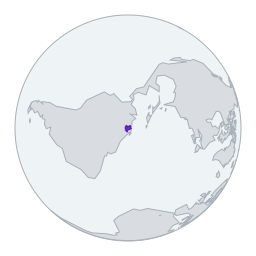 Anzoátegui highlighted on a globe, orthographic projection, rotated 98°
{"feature_id": "VEN-40", "entity_name": "Anzoátegui", "entity_type": "State", "adm_level": 1, "iso_a3": "VEN", "parent_name": "Venezuela", "parent_adm1": "", "projection": "orthographic", "projection_center": [-64.438, 8.961], "detail": "fine", "context": "on_globe", "style": "filled", "palette": "violet", "viewbox_px": 256, "rotation_deg": 98, "n_neighbors": 0, "source": "natural_earth", "source_scale": "10m", "svg_char_len": 9250}
<svg xmlns="http://www.w3.org/2000/svg" viewBox="0 0 256 256"><g transform="rotate(98 128 128)"><circle cx="128" cy="128" r="113" fill="#eef3f6" stroke="#a8b0b8"/><path d="M101.5,128.8L99.0,127.5L96.4,130.7L87.8,124.9L85.1,118.1L60.6,106.0L58.5,102.5L59.1,97.0L54.3,78.9L54.8,95.6L52.3,92.2L50.9,86.1L52.5,84.8L52.7,76.2L51.0,72.8L53.6,62.7L62.8,50.9L62.9,52.8L65.1,50.1L65.1,47.6L64.6,46.8L72.2,36.7L73.6,31.9L70.3,32.9L74.0,31.0L65.2,35.1L63.5,35.7L67.7,33.5L69.9,32.3L69.9,31.8L72.2,30.4L73.5,29.5L76.3,28.1L78.5,27.3L80.3,26.5L80.2,26.2L82.9,24.9L82.8,25.4L87.4,23.2L92.0,22.4L89.4,26.1L94.3,25.7L97.7,30.1L99.7,29.0L102.2,30.4L105.5,29.8L105.2,31.1L108.0,29.5L107.7,28.5L108.8,27.5L110.7,27.1L110.6,28.6L109.7,29.0L110.6,29.3L109.8,30.3L111.3,29.6L111.0,31.7L114.1,29.2L116.2,30.5L115.2,32.0L111.7,32.4L100.8,38.2L98.7,40.5L99.4,43.0L108.3,46.2L107.5,48.8L109.2,51.9L111.2,50.0L110.7,47.0L115.0,44.6L113.8,41.6L115.4,40.4L115.6,37.4L119.5,37.4L123.1,39.1L123.1,41.7L124.7,42.7L127.9,40.0L130.9,45.1L138.2,49.2L138.5,50.8L133.5,53.7L125.5,53.7L119.1,58.8L127.2,55.2L128.0,59.8L129.7,60.6L132.0,60.3L133.3,58.6L134.3,60.2L126.7,64.1L125.6,62.6L128.0,61.3L124.3,61.5L119.1,64.7L119.9,67.1L111.3,70.5L111.7,72.4L110.1,74.4L110.0,71.1L110.1,77.3L100.1,84.3L100.0,95.9L95.8,86.8L91.7,85.7L86.6,85.8L86.5,87.7L80.0,86.1L73.6,89.9L70.6,99.1L72.4,106.3L79.7,106.8L82.2,102.9L87.7,102.2L83.1,112.9L92.7,114.7L91.3,122.8L94.0,127.1L99.0,126.1L104.1,128.2L107.9,123.5L114.0,121.0L113.9,127.6L117.4,121.6L120.7,124.8L132.9,124.5L132.0,126.0L142.2,133.7L153.5,136.9L156.1,141.6L154.8,144.6L158.7,145.3L158.8,147.3L174.6,149.5L182.7,153.8L182.5,160.5L175.7,168.5L169.7,184.5L157.5,190.1L154.5,196.2L145.1,205.1L137.8,204.6L140.0,208.7L136.0,211.2L131.2,211.4L130.5,214.3L127.0,214.3L129.4,216.2L124.1,219.7L126.0,222.6L122.2,225.2L123.5,226.8L122.0,226.7L120.4,227.3L120.4,228.1L115.4,226.5L113.6,222.9L115.1,221.1L113.0,220.7L116.0,215.8L113.9,216.8L113.7,209.0L116.4,202.3L117.4,182.0L114.9,177.8L106.1,172.8L95.6,156.6L98.2,150.1L96.0,146.9L103.3,137.6L101.5,128.8ZM21.5,91.6L22.4,89.0L21.8,90.7L21.5,91.6ZM22.9,87.5L22.6,88.3L22.9,87.6L22.9,87.5ZM23.1,86.9L23.0,87.3L23.0,87.1L23.1,86.9ZM23.3,86.5L23.2,86.6L23.3,86.5ZM99.1,99.8L110.1,105.6L103.6,106.3L104.9,105.2L102.2,102.9L97.0,100.6L91.3,101.8L99.1,99.8ZM104.7,93.5L102.8,93.0L104.7,93.0L104.7,93.5ZM64.0,46.7L64.9,47.8L64.0,50.6L63.0,49.8L64.0,46.7ZM66.1,41.9L67.1,41.8L64.5,44.4L64.7,43.6L66.1,41.9ZM67.4,34.2L67.7,34.4L66.6,34.7L67.4,34.2ZM73.3,29.7L72.5,30.1L73.5,29.5L73.3,29.7ZM113.5,37.7L114.5,37.5L114.0,38.1L113.5,37.7ZM112.6,36.6L111.2,37.4L110.6,37.0L111.5,36.5L112.6,36.6ZM78.6,26.8L80.5,25.9L78.9,26.7L78.6,26.8ZM114.5,35.7L109.6,36.2L108.6,35.6L111.1,33.3L114.5,35.7ZM88.5,22.5L85.5,23.7L83.8,24.5L83.5,24.5L81.8,25.3L83.1,24.7L88.5,22.5ZM106.7,28.3L107.2,29.4L105.1,28.9L106.7,28.3ZM105.1,28.2L97.0,28.7L97.2,27.1L99.9,27.1L98.8,25.6L103.0,24.6L104.5,25.2L103.5,26.4L105.8,25.2L105.1,28.2ZM94.4,20.5L95.8,20.1L94.7,20.4L94.4,20.5ZM109.1,27.1L107.4,27.2L107.5,25.8L110.9,25.3L109.8,25.9L109.1,27.1ZM96.5,25.8L97.2,24.9L100.7,23.7L101.5,23.2L103.1,24.5L96.5,25.8ZM110.7,26.0L112.6,25.1L114.2,25.5L110.7,26.9L110.7,26.0ZM106.1,25.7L106.3,25.0L107.3,25.2L106.1,25.7ZM121.2,26.8L119.2,26.7L119.1,25.9L121.2,26.8ZM113.2,24.8L112.6,24.7L112.3,24.4L113.9,24.0L113.2,24.8ZM105.5,23.7L106.8,23.5L105.0,23.1L107.5,22.4L108.2,23.4L109.0,22.7L109.8,22.5L109.4,23.6L105.5,23.7ZM114.6,22.8L116.3,24.2L120.0,24.3L120.2,25.0L114.2,24.7L114.6,22.8ZM111.6,23.1L113.5,23.0L112.8,23.8L111.0,24.3L111.6,23.1ZM109.1,21.6L105.0,22.4L105.0,22.2L109.1,21.6ZM115.9,22.7L115.4,22.4L116.2,22.6L115.9,22.7ZM111.3,21.7L109.9,22.0L109.9,21.7L111.3,21.7ZM115.8,21.6L116.3,22.0L115.1,22.3L115.8,21.6ZM113.9,21.5L114.3,21.1L114.4,22.2L113.2,21.7L113.9,21.5ZM111.6,21.4L111.2,21.4L112.2,21.4L111.6,21.4ZM120.0,20.4L120.4,21.7L117.8,22.3L117.7,20.9L120.0,20.4ZM123.9,229.7L115.9,227.1L120.3,228.3L123.0,227.1L127.3,228.9L123.9,229.7ZM131.9,226.3L135.3,225.6L136.2,226.0L134.1,226.6L131.9,226.3ZM217.7,59.8L218.3,61.1L215.0,57.1L210.9,51.7L217.7,59.8ZM204.8,45.6L207.3,48.0L207.7,48.4L206.6,47.4L205.4,46.2L205.1,46.1L210.9,52.2L212.8,54.2L213.8,56.8L217.1,60.4L218.5,62.7L213.5,57.5L211.6,55.3L204.8,51.0L206.8,53.4L213.4,57.9L212.7,57.8L215.6,61.8L212.9,58.8L205.1,53.8L204.0,56.9L208.0,68.1L206.2,70.0L202.3,69.2L195.5,59.4L200.2,56.4L197.8,53.4L192.3,50.2L194.2,49.8L192.5,48.3L193.9,47.2L191.2,42.8L191.9,41.7L186.5,37.4L186.1,36.3L189.4,39.1L192.1,40.6L193.2,38.6L192.1,37.4L188.5,34.9L189.3,34.9L185.7,32.8L184.2,31.1L182.9,31.6L178.7,29.3L175.4,27.1L173.8,26.6L179.1,30.2L181.4,31.6L183.8,32.6L189.9,37.3L190.5,38.6L183.2,34.5L183.2,36.2L177.6,32.7L166.6,24.2L164.3,22.4L169.6,23.4L172.7,24.8L172.3,24.9L176.7,26.6L174.4,25.6L175.0,25.7L171.1,24.0L171.4,24.1L167.2,22.5L167.0,22.4L169.7,23.4L168.8,23.0L176.6,26.4L184.2,30.4L191.4,34.9L198.3,40.0L204.8,45.6ZM220.7,192.0L220.5,192.3L223.1,188.3L226.6,181.5L232.7,164.0L235.8,154.8L236.8,148.3L235.8,135.2L236.2,126.8L235.3,123.9L233.8,125.6L232.4,122.2L231.2,122.6L221.6,129.2L217.0,125.3L207.4,111.3L207.9,104.5L205.0,97.5L205.9,70.4L209.5,70.6L214.1,64.4L215.2,64.7L218.3,70.0L224.7,73.6L222.4,68.7L224.5,70.0L224.2,69.4L228.2,76.5L231.6,83.8L234.5,91.3L236.9,99.1L238.7,107.0L239.9,115.0L240.5,123.1L240.6,131.2L240.1,139.3L239.0,147.3L237.3,155.3L235.1,163.0L232.3,170.6L228.9,178.0L225.1,185.2L220.7,192.0ZM209.6,83.0L210.5,85.1L209.6,83.0ZM133.3,124.4L134.8,125.7L132.8,125.8L133.3,124.4ZM102.5,108.9L104.9,109.1L106.1,110.2L104.3,110.5L102.5,108.9ZM123.0,109.3L125.8,109.9L122.9,110.4L123.0,109.3ZM111.9,106.4L120.8,109.1L115.0,111.0L109.4,109.4L113.3,108.8L111.9,106.4ZM103.3,97.2L104.7,97.7L104.2,98.9L103.3,97.2ZM106.1,93.5L105.5,93.6L104.8,92.6L106.1,93.5ZM128.4,59.5L129.0,59.3L131.3,59.4L130.1,60.2L128.4,59.5ZM141.8,56.1L143.2,58.9L141.4,57.2L140.1,58.6L134.6,57.2L138.4,51.5L137.7,54.2L141.8,56.1ZM128.3,54.1L131.4,55.4L127.9,54.2L128.3,54.1ZM181.9,42.2L183.9,42.6L185.5,44.5L184.7,46.8L182.2,44.1L181.9,42.2ZM186.2,42.9L179.2,38.7L179.5,37.4L180.5,38.8L181.4,38.3L183.3,40.5L190.4,43.7L192.3,45.7L189.6,48.4L189.4,46.3L187.6,45.9L186.2,42.9ZM161.0,33.2L158.0,32.2L162.4,30.5L164.7,31.7L164.0,33.9L160.9,33.8L161.0,33.2ZM119.9,31.9L118.5,32.2L118.5,31.7L119.7,31.0L119.9,31.9ZM120.3,26.8L126.2,30.2L124.9,30.7L130.0,32.6L128.4,34.6L125.2,33.2L127.8,36.4L124.2,36.0L126.4,38.1L119.3,34.8L116.2,34.8L120.3,34.0L121.8,32.1L121.5,31.3L118.4,29.1L112.5,28.5L113.1,26.9L115.0,25.8L116.5,25.7L115.7,26.8L118.3,25.9L118.3,27.3L120.3,26.8ZM137.8,19.2L136.2,19.8L141.5,19.6L141.4,20.5L142.1,20.4L143.5,21.3L146.2,22.3L145.7,22.7L147.0,23.0L148.0,23.7L149.6,24.2L149.2,25.2L151.1,26.1L149.8,26.1L153.3,27.3L150.5,26.9L151.5,28.0L153.7,27.8L147.5,33.4L147.0,36.6L148.2,39.7L143.3,39.0L139.1,35.9L135.9,32.1L137.1,29.3L134.6,29.7L134.5,28.6L136.5,28.8L133.3,27.8L133.7,27.0L130.9,24.6L126.1,24.2L124.9,23.5L127.0,23.3L124.4,22.7L127.5,21.9L126.8,21.4L129.1,20.2L133.6,20.3L132.4,19.8L134.1,19.1L137.8,19.2ZM120.8,20.0L126.1,19.6L128.7,19.9L123.5,21.8L123.7,22.4L120.5,24.0L116.8,23.5L118.1,23.1L118.5,22.6L119.5,22.9L118.9,22.3L120.7,21.7L120.7,21.1L122.4,21.0L120.8,20.0ZM214.3,62.4L214.8,62.3L215.1,61.5L216.9,64.2L214.3,62.4ZM209.2,59.0L209.3,58.4L212.0,61.4L211.4,61.7L209.2,59.0ZM207.1,55.7L209.1,58.2L207.7,57.0L207.1,55.7ZM189.3,38.5L189.1,37.9L190.0,38.4L191.1,39.4L189.3,38.5ZM153.4,20.3L152.1,20.2L151.5,20.0L147.5,19.4L147.2,18.9L149.5,19.0L153.4,20.3ZM219.4,63.5L220.3,64.0L219.9,64.2L219.4,63.5ZM152.5,19.6L150.9,19.4L151.7,19.3L152.5,19.6ZM146.8,18.5L147.4,18.3L146.7,18.7L146.8,18.5ZM151.4,17.8L153.6,18.3L157.2,19.2L159.4,19.8L153.1,18.2L149.1,17.4L151.4,17.8ZM135.7,15.6L135.8,15.6L133.8,15.5L133.6,15.5L135.7,15.6ZM144.4,17.0L146.1,17.3L145.4,17.3L144.4,17.0ZM95.4,20.2L95.8,20.1L94.6,20.4L95.4,20.2Z" fill="#d9dde1" stroke="#a8b0b8" stroke-width="1"/><path d="M126.1,125.7L126.6,125.8L126.8,125.8L126.6,125.8L126.8,125.9L127.0,125.8L127.3,125.8L127.4,125.7L127.5,125.6L127.7,125.4L127.7,125.5L127.8,125.5L128.0,125.6L128.2,125.8L128.3,125.8L128.5,125.8L128.7,125.7L128.8,125.7L128.9,125.8L128.7,125.9L128.7,126.0L128.8,126.1L129.0,126.2L129.0,126.3L128.9,126.4L128.9,126.5L129.0,126.5L129.1,126.8L128.9,127.1L128.9,127.3L129.0,127.4L129.0,127.5L129.3,127.5L129.5,127.6L129.8,127.8L130.0,127.9L130.1,128.1L130.1,128.3L130.3,128.4L130.8,128.3L130.7,128.4L130.7,128.5L130.8,128.8L131.3,129.0L131.2,129.1L131.1,129.3L130.9,129.4L130.6,129.3L130.4,129.3L130.2,129.4L130.2,129.5L130.1,129.4L130.0,129.5L129.9,129.5L129.7,129.6L129.4,129.6L129.2,129.6L129.1,129.8L128.9,129.9L128.9,130.0L128.8,129.9L128.7,129.9L128.6,130.0L128.6,129.9L128.4,129.7L128.2,129.8L127.9,129.9L127.8,130.0L127.9,130.3L127.7,130.4L127.4,130.5L127.2,130.6L127.0,130.4L126.9,130.3L126.7,130.2L126.4,130.1L126.2,130.1L125.9,130.0L125.9,129.9L126.0,129.9L126.1,129.7L126.3,129.4L126.5,129.2L126.6,128.9L126.6,128.7L126.6,128.4L126.8,128.4L127.0,128.4L127.2,128.2L127.3,128.2L127.2,128.1L127.1,127.9L127.0,127.7L126.9,127.7L126.7,127.6L126.5,127.4L126.4,127.4L126.4,127.2L126.5,127.1L126.5,126.9L126.4,126.9L126.2,126.8L126.1,126.6L126.0,126.8L125.6,126.6L125.6,126.4L125.5,126.2L125.8,125.9L126.0,125.8L126.1,125.7Z" fill="#8b5cf6" stroke="#5b21b6" stroke-width="1.5"/></g></svg>